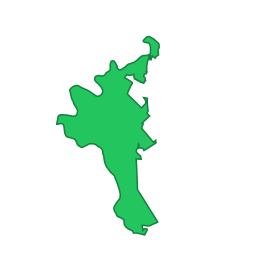 Horia, Neamt, Romania (Albers equal-area conic projection), rotated 207°
{"feature_id": "2599482B76936506644136", "entity_name": "Horia", "entity_type": "district", "adm_level": 2, "iso_a3": "ROU", "parent_name": "Romania", "parent_adm1": "Neamt", "projection": "albers", "projection_center": [26.909, 46.892], "detail": "fine", "context": "isolated", "style": "filled", "palette": "green", "viewbox_px": 256, "rotation_deg": 207, "n_neighbors": 0, "source": "geoboundaries", "source_scale": "gbopen_adm2", "svg_char_len": 5661}
<svg xmlns="http://www.w3.org/2000/svg" viewBox="0 0 256 256"><g transform="rotate(207 128 128)"><path d="M195.3,133.2L192.2,129.4L191.1,128.3L188.6,126.5L187.5,125.1L186.0,124.2L182.2,121.8L180.7,120.4L179.7,117.3L180.2,115.1L182.3,113.5L184.0,113.0L188.0,111.9L193.8,109.4L194.6,108.7L195.1,108.1L195.3,107.0L195.4,106.0L194.8,104.4L194.2,102.2L194.0,101.9L193.9,101.5L193.5,99.7L193.2,98.9L192.9,99.0L189.8,101.6L188.0,102.0L186.8,101.3L185.8,100.4L182.8,95.8L180.8,93.6L179.5,92.8L178.7,92.4L171.0,93.9L169.4,93.4L166.8,91.5L165.5,90.2L163.5,89.7L161.4,89.6L159.9,89.9L155.1,96.5L150.9,98.5L147.9,98.4L146.0,97.9L143.6,98.1L140.5,96.6L138.7,93.7L136.6,91.7L134.6,88.6L131.9,85.6L129.5,83.7L127.0,82.4L123.7,80.8L121.3,80.1L118.8,79.5L112.2,73.6L106.9,68.2L104.5,65.0L103.3,61.7L104.4,55.5L104.6,51.6L104.4,50.8L104.2,50.3L104.0,49.8L103.6,49.3L103.2,48.9L102.7,48.3L101.5,47.3L100.6,46.8L100.2,46.7L99.5,46.1L98.5,45.1L97.0,44.4L95.4,44.6L93.4,44.7L91.4,44.5L89.8,44.0L89.2,43.3L88.8,42.3L87.7,40.6L86.2,39.5L84.5,38.7L84.0,38.6L81.4,38.2L80.9,38.1L80.4,38.2L79.8,38.3L79.2,38.4L78.2,38.4L77.6,38.3L76.9,37.9L76.6,37.8L75.8,37.1L75.4,36.8L74.3,37.5L73.0,38.2L72.4,38.5L71.2,38.7L70.3,39.0L64.6,40.3L64.6,43.9L64.6,45.7L64.6,45.9L64.9,46.4L65.3,46.7L65.8,46.5L67.0,46.0L67.5,45.7L68.0,45.3L68.0,45.2L68.1,44.7L68.2,43.9L68.3,43.4L69.2,44.8L69.9,45.8L71.3,47.8L65.4,49.9L65.1,50.1L64.9,50.2L64.6,50.5L64.0,51.3L59.7,56.4L59.3,56.9L58.8,57.8L73.6,66.6L81.8,71.6L91.6,77.4L95.2,84.1L95.6,84.7L96.1,85.6L97.2,87.5L97.3,87.8L100.1,92.7L100.7,93.9L104.5,100.4L105.5,102.1L105.6,102.4L106.3,103.4L106.7,104.2L102.7,105.8L102.1,106.1L102.7,107.1L103.1,107.5L104.2,108.8L104.3,108.8L104.9,108.7L105.3,108.8L105.5,108.8L105.9,109.2L106.3,109.3L107.6,109.6L108.6,109.9L108.9,110.0L109.5,110.5L110.0,110.9L110.4,111.4L110.5,111.6L110.5,112.2L110.5,112.5L110.5,112.9L110.4,113.2L110.4,113.8L110.3,114.3L110.3,114.6L110.6,115.8L110.8,116.6L110.9,116.9L111.3,118.5L111.0,118.3L110.9,118.2L110.8,117.7L110.3,117.4L110.3,117.2L110.2,117.0L110.1,116.8L110.3,116.6L109.9,115.8L109.6,115.7L109.6,115.2L109.6,114.9L109.6,114.5L109.6,114.3L109.5,114.5L109.3,114.8L108.8,115.4L107.7,115.9L107.2,116.0L106.7,116.3L106.4,116.4L106.0,116.4L105.7,116.5L104.9,116.4L104.6,116.2L104.3,115.8L103.8,115.1L103.6,115.1L101.0,119.3L98.4,123.8L96.5,127.0L96.3,127.6L96.6,127.8L97.0,127.9L97.4,127.7L97.6,127.8L97.6,128.0L97.2,128.7L97.2,128.9L97.5,129.2L97.7,129.3L97.8,129.5L97.9,129.2L98.2,128.6L99.1,126.9L101.2,127.8L102.3,128.3L104.6,129.3L114.6,133.5L114.9,133.6L115.1,133.6L115.5,133.5L116.0,135.3L116.1,136.1L116.2,136.6L116.3,137.9L116.2,138.6L117.7,138.8L115.7,144.2L114.1,148.5L114.3,148.5L117.8,149.8L117.8,150.4L117.8,151.6L117.9,152.3L118.1,152.9L118.6,153.4L119.3,154.6L121.0,157.1L122.3,159.3L123.1,160.9L124.2,163.3L127.9,162.2L127.0,161.6L125.7,161.0L125.1,160.8L124.8,160.5L124.4,160.2L124.2,159.8L124.0,159.2L123.6,158.6L123.3,158.2L124.5,154.4L124.9,152.8L125.2,152.0L134.8,155.1L137.7,156.0L139.0,156.4L144.1,158.1L144.3,160.5L144.3,161.2L144.5,163.0L144.5,164.8L144.6,165.6L144.7,166.5L144.7,167.1L144.6,167.3L144.6,167.5L144.4,167.9L144.4,168.1L144.4,168.9L144.4,169.2L144.7,170.2L145.1,170.6L150.7,171.2L152.1,171.2L153.7,171.1L153.6,171.5L153.8,172.2L153.8,172.4L153.6,173.0L153.4,174.2L153.3,175.1L152.5,175.1L152.0,175.1L151.5,175.2L150.7,175.3L150.6,175.6L149.8,176.1L148.8,176.9L148.3,177.3L148.0,177.6L147.8,177.8L147.5,178.0L147.2,178.4L146.8,177.8L146.5,177.4L146.2,177.0L146.1,176.6L145.8,176.1L145.3,175.5L145.0,175.4L144.8,175.1L144.6,174.7L143.1,174.7L142.9,174.8L142.9,175.0L142.5,175.0L142.0,174.8L141.6,174.8L141.2,174.5L140.5,174.5L140.4,174.9L139.8,174.9L138.5,175.0L138.4,174.6L137.7,174.6L137.5,174.8L136.9,174.7L135.3,174.8L134.9,174.9L134.3,175.1L134.3,176.7L134.3,176.9L134.4,177.0L134.1,177.4L134.1,177.5L134.1,177.8L133.8,178.1L133.9,178.3L134.1,178.3L134.3,178.4L134.4,178.6L134.5,179.0L134.7,179.3L134.8,179.4L135.0,179.8L135.9,180.7L136.5,180.9L137.0,180.9L137.3,181.0L137.5,181.3L137.7,182.0L137.8,182.5L137.7,182.7L137.7,183.2L137.4,184.1L137.2,184.3L136.5,184.6L136.4,185.5L136.4,185.9L136.5,186.2L136.5,186.5L136.8,186.5L136.9,186.8L137.1,186.9L137.2,186.7L137.4,186.7L137.4,187.2L137.7,188.0L137.9,188.9L138.3,189.7L139.0,190.6L139.3,190.9L139.5,192.1L139.8,192.4L139.9,192.7L139.9,193.3L139.9,193.6L140.0,193.8L140.3,194.2L140.9,196.1L140.9,196.5L140.9,196.8L140.9,197.3L140.9,198.3L142.1,202.3L140.7,202.7L140.2,201.3L140.1,201.0L139.5,199.0L138.4,199.3L138.5,200.0L138.9,203.3L137.3,202.9L135.4,202.5L135.3,203.0L135.4,203.4L135.4,204.3L135.1,204.9L134.9,205.2L134.8,205.5L133.9,207.1L135.1,208.5L136.7,211.4L136.7,213.6L137.7,215.6L139.1,217.3L145.6,219.0L148.1,219.0L149.8,219.2L151.3,218.8L152.7,217.6L153.7,214.6L154.1,212.8L153.5,212.0L152.7,211.9L151.9,212.0L150.1,212.5L149.0,213.1L146.9,212.6L145.2,211.0L143.5,208.0L142.0,204.7L142.3,203.5L142.5,202.9L143.1,202.3L144.0,201.4L145.3,200.6L147.3,199.5L148.4,198.3L149.4,196.1L150.6,192.9L152.0,189.8L154.6,187.0L156.8,184.9L157.7,182.8L157.9,181.7L160.7,176.7L162.4,175.8L164.6,176.3L166.0,178.4L168.8,180.3L170.8,181.3L172.8,180.6L173.3,179.1L172.9,177.0L172.0,175.0L170.7,172.9L170.3,171.2L171.3,169.3L172.5,167.4L172.8,164.7L174.0,162.9L175.4,162.3L176.4,161.9L177.8,161.6L178.7,160.9L179.9,159.8L180.5,158.3L180.1,157.0L179.1,155.4L177.3,154.5L174.6,153.9L170.7,152.4L167.6,150.1L166.7,148.1L167.0,145.5L168.0,143.7L169.5,142.4L171.3,142.1L175.6,142.7L179.4,143.2L182.7,143.2L187.6,142.9L190.8,143.1L192.4,143.0L194.7,141.2L195.9,139.5L196.9,137.5L197.0,137.0L197.0,136.4L197.2,135.6L196.6,134.6L195.3,133.2Z" fill="#22c55e" stroke="#15803d" stroke-width="1.5"/></g></svg>